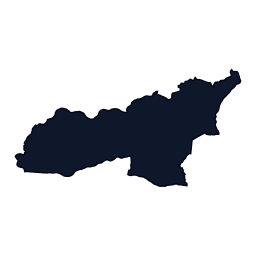 the district of Nova Olímpia, Mato Grosso, Brazil
{"feature_id": "56859067B94311808533104", "entity_name": "Nova Olímpia", "entity_type": "district", "adm_level": 2, "iso_a3": "BRA", "parent_name": "Brazil", "parent_adm1": "Mato Grosso", "projection": "mercator", "projection_center": [-57.402, -14.783], "detail": "fine", "context": "isolated", "style": "filled", "palette": "ink", "viewbox_px": 256, "rotation_deg": 0, "n_neighbors": 0, "source": "geoboundaries", "source_scale": "gbopen_adm2", "svg_char_len": 5350}
<svg xmlns="http://www.w3.org/2000/svg" viewBox="0 0 256 256"><path d="M218.8,134.1L218.7,132.5L218.1,131.0L217.5,130.1L216.8,129.3L216.2,127.8L215.6,126.4L215.2,125.0L215.1,123.9L216.0,122.6L216.1,121.5L215.5,120.3L214.8,119.0L215.6,117.8L216.0,116.3L215.4,115.3L215.4,114.2L216.4,112.8L217.7,111.5L218.5,109.8L218.8,108.6L219.2,106.2L219.6,105.0L220.5,103.2L221.1,101.9L222.0,100.7L222.7,99.7L223.1,98.7L224.1,97.7L225.7,96.2L227.6,94.2L228.4,93.4L229.7,92.0L230.4,90.8L231.0,89.8L232.0,88.9L233.0,88.3L233.7,87.6L234.6,86.7L235.2,85.8L235.9,84.7L236.9,84.0L238.1,83.8L239.5,83.0L240.3,82.1L240.6,80.8L240.2,79.8L239.7,78.9L239.2,76.8L238.7,75.1L238.1,73.1L237.4,71.9L236.4,71.6L233.5,71.6L232.5,71.1L231.6,69.8L230.7,71.1L230.4,72.3L231.0,73.8L231.6,75.3L230.9,76.4L229.0,77.2L227.5,77.8L226.3,78.4L225.5,79.1L224.5,80.1L222.9,80.5L221.9,80.4L220.9,80.6L220.0,81.2L219.2,82.1L218.2,82.2L217.3,82.1L215.7,82.3L214.5,83.2L214.3,84.2L213.6,85.0L213.3,86.4L212.0,86.1L211.1,85.1L210.9,83.5L210.0,82.6L208.7,82.8L206.7,82.3L205.2,81.7L204.0,81.3L202.4,80.6L201.3,80.2L200.0,79.8L198.5,79.7L197.1,79.7L196.1,78.6L195.2,77.5L194.5,78.5L194.2,80.1L193.2,80.4L192.2,80.2L191.4,79.8L190.3,79.3L189.3,79.9L188.7,80.8L187.7,81.1L186.5,81.3L185.2,81.7L184.8,82.9L184.1,83.5L183.1,83.5L181.3,83.3L180.7,84.4L179.8,85.4L178.4,85.6L178.4,87.1L179.5,87.7L180.3,88.2L180.4,89.4L180.4,90.5L179.5,91.3L178.1,91.8L176.5,92.3L175.3,92.5L173.9,93.1L172.6,93.2L172.0,94.4L171.9,95.9L171.9,97.2L171.5,98.6L170.2,99.4L169.0,99.7L167.5,99.4L166.0,98.2L164.5,97.3L163.2,96.8L161.9,96.3L160.7,95.8L159.8,95.2L158.5,94.9L157.2,94.8L156.9,93.7L157.2,92.5L157.4,91.4L156.1,91.6L155.2,92.4L154.1,92.9L153.4,93.5L153.0,94.5L152.4,95.8L151.3,96.4L150.3,96.4L148.9,96.4L147.5,96.1L146.1,96.1L145.1,96.4L143.6,97.2L142.3,98.0L141.0,98.6L139.6,99.0L138.6,99.1L137.4,99.2L136.2,100.0L134.9,100.1L133.9,100.8L132.9,101.8L131.9,102.4L131.5,103.8L131.2,104.9L130.2,105.9L128.9,106.4L127.9,107.2L127.0,108.7L126.7,109.7L127.1,111.4L126.7,112.6L125.6,112.5L124.1,112.3L122.8,112.0L121.7,111.6L120.3,110.7L119.2,109.8L117.2,109.0L115.1,108.8L113.1,109.0L111.8,109.3L110.0,110.4L108.4,110.7L107.5,110.5L105.9,110.0L103.5,109.5L100.7,110.4L99.3,112.0L98.6,114.1L98.1,115.7L96.2,116.8L95.0,117.6L94.1,118.9L92.8,119.2L90.7,119.2L89.0,118.8L87.9,118.2L87.0,117.5L85.9,116.8L84.7,114.9L83.8,113.6L83.1,113.0L81.3,112.2L79.5,111.5L78.2,111.7L77.1,111.8L75.7,111.8L74.6,112.0L72.8,112.6L70.8,112.7L69.7,112.1L68.8,111.0L67.4,110.0L65.9,109.1L63.8,108.6L62.2,108.3L60.6,108.5L59.5,109.2L57.8,109.8L56.5,110.8L55.5,112.7L55.2,114.3L55.0,115.4L54.0,116.3L53.1,117.5L52.3,118.3L50.7,118.6L49.4,119.1L47.6,119.6L47.4,120.7L46.8,121.9L45.9,122.9L45.1,123.6L44.0,124.4L42.9,124.5L41.1,124.3L40.2,123.9L39.2,124.0L38.4,124.8L37.3,125.4L36.4,125.7L35.5,125.2L34.7,126.1L33.5,127.4L32.5,128.9L32.4,130.4L31.9,131.9L31.5,133.4L30.8,134.7L29.4,135.2L28.7,136.3L27.8,136.8L27.2,137.8L26.7,139.0L26.2,140.4L24.8,141.9L24.4,143.7L25.5,144.6L24.8,145.7L23.9,145.9L24.1,147.0L24.0,148.5L24.2,150.0L25.3,150.9L25.6,152.6L24.6,152.8L24.5,154.3L23.6,154.6L22.7,155.0L21.5,154.1L19.9,153.9L18.9,154.0L17.5,154.4L15.9,155.5L15.4,156.4L16.0,157.5L17.0,159.0L18.0,160.0L18.2,161.0L17.8,162.0L17.4,162.9L17.0,164.0L17.4,165.5L18.3,166.2L19.5,166.8L20.4,167.2L21.3,167.3L22.7,167.5L23.8,168.4L24.6,170.5L24.8,171.6L27.3,171.5L34.1,172.0L40.9,172.5L42.0,172.6L47.3,172.9L49.1,172.6L50.2,172.6L51.8,172.9L52.9,172.9L55.1,172.7L56.5,172.5L57.9,172.8L59.5,173.4L60.6,173.9L61.6,174.4L63.5,175.6L64.9,176.1L68.0,176.3L69.0,176.2L70.2,175.9L71.4,175.4L72.6,174.5L73.5,173.5L74.1,172.6L74.8,171.6L76.2,170.7L78.0,170.0L80.0,169.3L81.2,169.3L83.8,168.3L85.3,167.7L86.3,167.0L87.4,166.7L88.9,166.7L90.6,166.7L92.8,166.0L94.0,166.0L95.0,165.6L96.0,165.0L97.0,164.1L98.4,163.2L99.9,163.0L101.1,163.0L102.0,162.4L103.1,161.6L103.8,161.0L105.2,160.3L106.5,159.7L107.8,159.8L109.0,160.5L110.2,160.8L111.8,160.5L112.7,160.0L114.2,159.1L115.3,158.1L116.3,157.2L117.2,156.8L119.0,157.0L120.3,157.9L121.8,158.0L123.2,157.6L124.5,157.1L125.6,157.0L127.1,156.8L128.3,156.4L129.7,156.1L130.8,156.1L131.2,158.1L131.2,159.3L131.4,162.0L131.4,163.3L130.8,165.2L131.1,167.0L131.1,168.0L130.9,169.4L130.3,170.2L128.8,170.4L127.9,174.5L129.0,175.1L129.9,175.4L131.6,175.4L132.8,175.0L133.8,175.0L135.2,175.0L136.9,175.2L138.0,175.8L139.1,176.3L140.6,176.5L142.6,176.8L143.6,177.0L144.4,177.5L145.5,178.1L147.1,179.0L148.4,180.2L149.3,180.8L150.5,181.3L152.1,182.5L153.1,183.3L154.0,183.9L155.9,184.6L157.0,185.0L158.9,185.9L160.2,186.2L161.3,186.1L162.8,186.1L163.8,186.1L165.3,186.2L166.9,185.3L167.9,185.2L169.6,185.0L170.6,184.9L173.2,184.6L174.3,184.2L175.4,183.9L177.1,184.0L179.0,184.8L180.5,184.6L182.7,185.2L184.5,185.3L186.8,185.7L187.0,184.2L186.6,183.1L185.5,182.7L184.8,181.6L185.1,179.4L184.3,178.0L184.6,176.6L184.2,175.3L185.0,174.5L184.3,173.2L183.2,173.0L183.0,171.8L183.3,170.6L182.7,169.4L182.2,168.0L181.2,168.2L180.5,167.4L179.9,166.7L179.0,166.3L179.0,165.3L180.4,164.8L180.3,163.3L181.2,162.7L182.3,162.3L183.1,160.6L183.9,159.6L185.5,158.1L186.1,156.4L187.1,155.2L188.3,154.1L189.4,153.6L190.7,153.6L192.0,140.1L197.8,136.6L205.0,132.7L205.8,133.7L206.9,134.3L207.8,134.5L209.4,134.7L210.6,134.8L211.6,134.5L212.6,134.7L214.8,134.7L215.7,134.2L217.0,134.2L218.8,134.1Z" fill="#0f172a" stroke="#020617" stroke-width="1.5"/></svg>